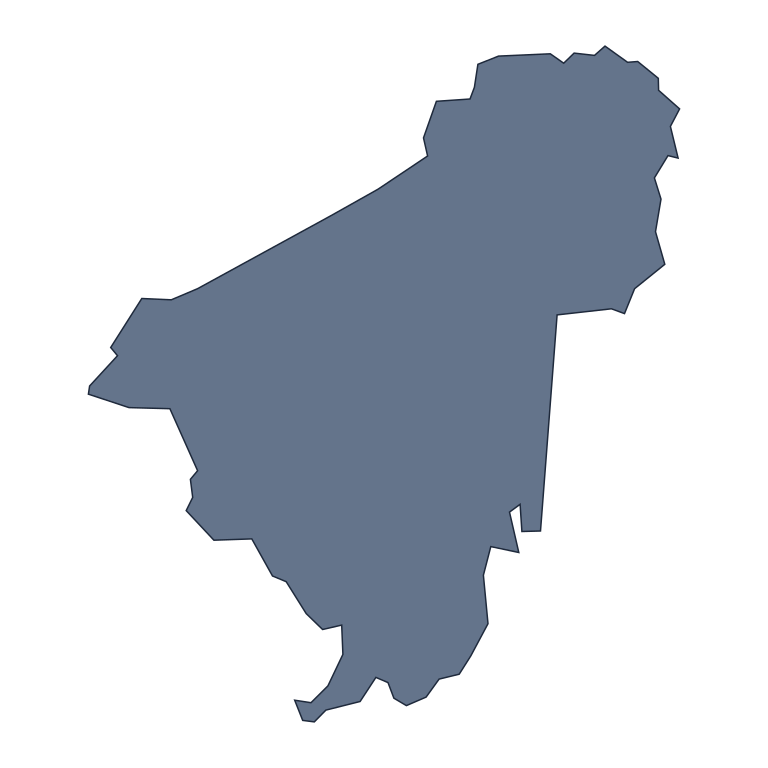 Raleigh, West Virginia, United States of America, rotated 90°
{"feature_id": "52423323B5491062021633", "entity_name": "Raleigh", "entity_type": "district", "adm_level": 2, "iso_a3": "USA", "parent_name": "United States of America", "parent_adm1": "West Virginia", "projection": "albers", "projection_center": [-81.215, 37.749], "detail": "fine", "context": "isolated", "style": "filled", "palette": "slate", "viewbox_px": 768, "rotation_deg": 90, "n_neighbors": 0, "source": "geoboundaries", "source_scale": "gbopen_adm2", "svg_char_len": 1054}
<svg xmlns="http://www.w3.org/2000/svg" viewBox="0 0 768 768"><g transform="rotate(90 384 384)"><path d="M510.6,581.8L540.2,554.1L538.9,516.2L576.0,495.5L581.7,481.8L613.6,461.8L629.5,445.4L625.1,426.3L654.4,425.1L685.9,440.1L702.7,457.0L700.2,473.3L720.4,465.3L721.9,453.7L710.1,442.1L701.5,407.9L677.4,392.1L682.6,380.0L698.2,374.1L705.6,361.6L697.1,341.9L679.1,328.9L674.2,308.8L655.9,297.2L623.7,280.0L575.2,284.6L546.6,277.2L552.5,249.2L512.1,258.5L504.3,247.9L531.5,246.1L531.0,227.5L314.9,210.9L308.8,156.6L313.6,143.5L288.7,133.4L264.3,103.2L231.7,112.5L199.1,107.0L177.9,113.6L155.6,100.0L158.1,89.9L126.4,97.6L108.9,88.4L90.3,109.4L78.3,109.7L61.5,130.3L62.3,140.4L46.1,163.0L55.4,173.5L53.1,193.9L63.2,204.3L53.8,217.7L56.1,269.5L64.3,290.1L87.3,293.6L99.0,298.0L101.3,331.6L137.9,344.5L156.0,340.4L189.2,390.0L215.8,437.3L288.7,570.5L299.8,596.7L298.5,626.2L347.5,657.3L355.7,650.5L386.0,678.4L394.2,679.6L407.6,639.0L408.7,598.1L470.7,570.4L479.3,577.6L497.4,575.3L510.6,581.8Z" fill="#64748b" stroke="#1e293b" stroke-width="1.5"/></g></svg>